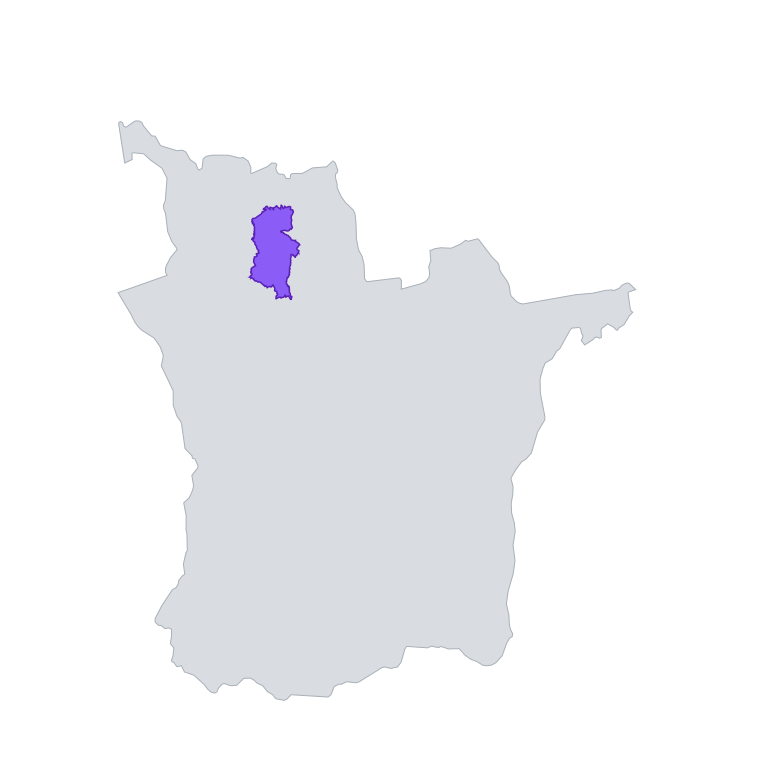 Kamina, Katanga, Democratic Republic of the Congo (highlighted), rotated 171°
{"feature_id": "63176286B31000864957103", "entity_name": "Kamina", "entity_type": "district", "adm_level": 2, "iso_a3": "COD", "parent_name": "Democratic Republic of the Congo", "parent_adm1": "Katanga", "projection": "natural_earth1", "projection_center": [24.927, -8.635], "detail": "fine", "context": "in_parent", "style": "filled", "palette": "violet", "viewbox_px": 768, "rotation_deg": 171, "n_neighbors": 0, "source": "geoboundaries", "source_scale": "gbopen_adm2", "svg_char_len": 9656}
<svg xmlns="http://www.w3.org/2000/svg" viewBox="0 0 768 768"><g transform="rotate(171 384 384)"><path d="M632.4,515.8L581.3,525.2L582.3,528.5L581.8,532.1L580.5,534.8L575.3,542.1L567.5,548.9L567.5,550.5L571.3,558.0L573.8,568.3L573.1,586.4L574.1,591.3L573.9,595.1L571.3,599.4L566.1,621.2L569.5,631.8L579.6,641.7L585.4,649.0L595.4,651.6L597.0,651.2L597.6,645.1L605.5,642.8L605.4,681.7L604.8,683.9L603.3,684.4L601.4,683.2L600.8,679.4L598.7,677.9L589.1,682.6L586.6,682.5L583.9,681.7L582.0,679.7L581.4,676.8L574.6,665.4L571.3,664.6L567.5,654.4L552.3,646.9L546.4,646.4L543.4,644.1L540.4,636.0L535.3,630.9L534.2,625.1L533.2,624.3L530.0,625.5L527.4,634.6L523.9,636.7L517.7,636.9L502.0,634.3L490.8,629.6L487.9,629.9L483.4,625.7L481.6,618.7L482.6,613.3L481.7,612.6L464.7,617.1L460.6,619.8L456.7,619.1L455.5,617.6L457.2,613.9L456.4,609.9L455.1,608.0L450.1,606.6L448.5,602.3L445.4,601.6L444.3,602.3L443.6,605.2L441.7,606.2L431.6,604.8L420.9,608.6L406.7,607.5L400.0,612.1L399.0,612.0L397.5,609.7L396.2,602.3L396.9,600.3L399.0,598.8L399.7,595.9L399.0,588.2L399.6,586.4L398.8,582.0L396.7,575.0L393.7,569.3L387.2,560.7L386.0,556.7L386.5,547.1L388.5,531.8L388.2,520.6L385.6,513.2L385.0,505.3L386.7,491.1L385.0,487.7L352.6,486.5L351.3,485.4L350.6,483.5L352.1,475.0L332.4,477.2L326.5,478.8L322.8,482.2L321.6,486.6L321.5,492.7L318.5,498.6L317.7,508.6L312.3,509.7L306.8,509.7L296.3,507.6L286.0,510.4L281.0,513.1L278.4,511.8L269.2,512.8L268.0,512.1L257.4,492.4L252.6,485.9L251.7,482.6L252.1,479.6L250.8,475.5L245.9,465.4L244.9,460.7L245.1,453.3L244.6,450.9L240.1,444.5L237.2,442.4L234.0,441.3L181.0,442.2L163.5,441.0L150.8,441.8L144.3,441.3L142.5,440.3L136.7,441.7L133.6,444.3L129.0,445.7L126.2,445.2L120.7,437.9L128.1,436.6L128.7,435.9L129.1,418.4L127.1,415.9L131.1,412.9L137.5,405.2L143.8,402.4L144.6,400.8L146.0,400.9L148.3,404.2L153.7,408.4L160.5,404.7L161.2,403.6L162.0,396.1L163.7,395.5L166.6,397.1L168.2,397.1L171.1,394.9L179.7,391.2L182.3,396.0L179.9,400.3L181.0,403.4L181.2,408.2L182.6,409.3L189.4,409.8L191.4,408.6L204.8,391.4L208.3,389.4L214.0,382.6L221.5,379.5L224.8,374.1L229.1,364.4L231.0,350.5L230.2,326.5L230.9,323.3L239.9,312.5L249.2,292.8L255.5,287.6L260.3,285.6L267.6,278.4L273.4,271.1L272.6,262.5L273.9,255.3L277.1,246.1L278.1,236.4L277.0,226.2L277.5,217.8L281.8,204.5L282.2,189.2L286.1,176.3L293.8,160.0L297.5,147.8L296.8,135.9L297.8,127.0L297.5,121.8L296.0,117.3L296.8,114.5L299.7,113.3L303.4,108.8L309.9,97.0L317.0,91.3L321.9,89.5L327.0,89.7L330.3,90.7L335.7,95.3L341.9,99.0L346.5,103.6L351.1,110.8L362.0,112.3L366.7,114.9L369.6,115.9L370.7,115.2L372.9,115.6L378.1,117.7L382.3,116.6L402.6,121.3L404.9,118.9L410.6,106.6L414.8,102.4L421.8,102.0L427.2,104.3L430.1,104.3L455.0,93.8L458.3,93.2L467.3,95.8L473.2,94.1L475.6,94.6L480.7,92.8L484.9,85.4L488.3,83.6L524.2,91.6L529.6,87.7L532.2,87.2L540.2,90.1L542.6,94.6L547.4,98.5L550.9,104.9L556.2,108.5L558.9,112.0L562.0,114.4L568.5,115.2L576.8,109.4L582.7,110.0L588.5,113.1L590.6,113.0L595.0,109.6L597.3,106.0L599.6,105.2L603.1,106.8L605.9,110.2L608.4,115.1L617.4,126.2L626.1,130.8L628.3,137.6L631.4,137.0L633.0,137.6L635.2,141.9L636.8,142.7L637.1,144.5L634.9,148.5L632.9,156.2L635.6,161.0L633.4,167.9L632.2,175.0L635.0,176.8L638.7,176.7L642.0,180.4L644.6,180.9L647.3,184.9L646.7,188.2L638.2,199.7L625.3,213.9L621.0,215.6L618.8,218.3L617.2,222.4L613.4,225.9L610.5,227.4L610.3,237.6L606.0,248.3L604.3,250.4L602.0,267.7L602.4,270.7L600.0,284.8L600.4,298.0L594.2,302.1L589.9,308.6L588.0,313.1L588.1,323.8L581.0,330.4L580.5,331.9L582.3,339.4L584.8,340.6L584.9,343.2L590.6,351.3L590.2,376.3L590.6,378.7L593.5,384.6L595.5,396.0L593.3,410.3L601.1,436.7L597.5,446.4L599.2,455.6L603.8,465.3L614.7,474.9L617.7,478.8L620.4,484.1L623.0,492.4L632.4,515.8Z" fill="#d9dde1" stroke="#a8b0b8" stroke-width="1"/><path d="M499.6,510.3L499.1,510.0L498.8,510.0L498.2,509.4L498.3,509.3L497.8,509.4L496.9,508.3L496.5,508.3L496.5,508.0L496.3,508.0L496.1,507.6L495.9,506.7L495.5,506.4L495.5,506.5L495.2,505.9L494.6,506.0L494.3,505.8L494.1,505.8L493.8,505.7L493.3,505.2L492.9,504.8L492.8,504.6L492.4,504.7L491.8,504.3L491.2,504.4L490.6,504.2L490.0,503.4L489.0,502.7L488.7,502.0L487.3,500.2L486.8,500.1L486.6,499.9L486.3,499.0L485.5,499.1L485.3,499.3L484.8,499.0L484.3,497.4L484.0,497.5L483.7,497.9L482.9,498.2L482.4,498.0L481.4,498.2L480.8,497.7L480.2,497.6L480.1,497.8L479.8,497.9L479.6,498.0L479.6,497.9L478.7,498.5L478.7,499.0L478.3,499.2L477.9,498.8L477.6,497.6L477.3,496.9L476.9,495.6L477.0,494.6L477.4,493.7L477.4,493.2L477.0,492.8L475.5,492.2L475.4,491.7L475.6,491.0L475.6,490.0L475.0,489.2L475.4,488.6L476.5,487.9L476.9,487.5L476.9,486.5L477.4,485.5L477.2,485.1L475.1,485.9L473.8,486.1L473.0,486.0L472.5,485.2L472.2,485.1L471.8,485.1L471.2,485.5L470.6,485.4L469.7,485.5L467.9,486.4L468.0,487.2L467.6,487.1L467.4,486.8L467.9,485.9L467.4,485.1L466.5,485.5L464.9,485.9L464.5,485.8L464.4,485.3L464.0,484.7L463.3,482.6L462.9,482.2L462.3,482.2L461.9,483.7L461.5,484.1L461.4,484.4L461.6,484.6L461.5,484.8L461.7,485.0L462.0,484.9L462.3,485.1L462.4,485.3L462.3,485.6L462.8,486.1L462.5,487.3L462.6,487.6L462.5,487.8L462.5,488.4L463.0,488.9L463.1,489.5L462.9,490.1L463.1,490.8L462.7,491.5L462.8,491.6L462.6,492.1L462.8,492.8L462.5,493.5L462.7,493.9L463.0,494.2L462.9,494.5L462.5,494.5L462.4,495.0L462.6,495.3L463.2,495.5L463.3,495.9L463.8,495.7L464.0,495.9L463.9,497.1L464.0,497.4L464.5,497.8L464.5,498.0L464.6,499.1L464.5,499.3L464.7,499.7L464.6,500.3L464.5,500.5L464.3,500.4L464.0,500.7L464.1,501.4L463.7,502.1L463.4,503.0L462.9,503.8L462.9,504.2L462.8,504.4L462.4,504.1L461.9,504.4L461.4,505.3L460.8,506.0L460.8,506.3L460.3,506.7L460.5,507.3L460.2,507.7L460.1,508.5L459.7,508.8L459.8,509.2L459.7,509.6L459.8,509.6L459.6,510.1L459.7,511.0L459.6,511.5L459.1,511.9L458.8,512.4L458.8,512.8L458.9,513.1L459.1,513.1L459.2,513.5L459.1,513.8L458.5,514.9L457.6,516.3L457.6,517.1L457.2,518.0L457.1,518.8L457.2,519.1L457.0,520.0L456.6,520.9L456.8,521.3L456.7,522.4L456.5,523.0L456.1,523.6L455.8,524.6L455.9,525.4L455.7,526.0L455.4,526.4L455.1,526.5L454.6,526.3L453.9,525.3L453.6,525.5L453.2,525.4L452.7,524.2L452.2,523.8L452.0,523.1L451.8,523.1L451.5,524.0L451.2,524.4L450.3,524.5L448.2,527.2L447.9,527.1L447.8,526.9L447.7,528.0L447.4,528.3L447.3,529.1L448.5,529.9L449.0,530.8L449.0,531.3L448.8,531.7L447.3,533.1L446.5,534.2L446.2,534.5L445.5,534.6L445.7,535.3L446.1,535.9L448.3,538.1L448.7,538.2L449.2,538.6L449.3,538.9L449.0,539.2L448.9,539.7L450.3,539.8L451.6,540.3L452.1,540.2L452.4,540.6L453.0,540.9L453.2,541.2L453.2,541.9L453.6,543.1L454.1,543.8L455.0,544.5L455.2,545.3L455.5,545.7L456.8,546.3L457.1,546.7L458.5,547.5L458.8,548.1L459.3,548.2L459.7,548.7L459.7,549.2L459.9,549.4L460.6,549.7L461.5,549.9L462.0,550.3L462.1,550.8L462.0,551.1L461.0,551.3L457.6,551.4L457.2,550.9L456.7,550.6L455.3,550.3L454.5,550.3L453.7,550.5L453.2,550.8L452.7,551.6L452.2,552.0L451.4,551.4L450.3,552.5L450.3,553.0L450.0,553.2L450.2,553.6L450.2,554.1L450.4,554.5L450.3,555.2L450.7,556.4L450.5,557.2L450.4,557.8L449.6,560.1L449.5,560.9L449.9,562.3L449.5,563.0L449.3,564.7L448.5,565.3L447.6,566.5L446.8,567.9L446.6,568.4L447.0,568.6L446.8,569.8L447.0,570.3L447.9,570.4L449.2,571.0L449.2,571.7L448.7,572.1L448.6,572.3L448.6,573.5L448.9,573.8L449.4,574.1L450.1,574.0L450.8,574.2L451.3,573.8L451.9,573.9L452.5,573.5L453.5,573.9L454.0,574.9L454.3,575.1L454.5,574.8L454.4,574.4L454.7,574.3L455.2,573.4L456.2,573.2L456.6,574.3L456.6,574.9L457.0,575.5L457.0,576.2L457.5,576.7L457.7,577.2L457.7,575.6L458.7,574.2L459.0,573.1L459.4,573.6L461.0,574.9L461.7,575.8L462.1,576.8L462.6,576.7L463.5,575.8L465.4,575.3L465.6,574.8L465.5,574.2L465.9,573.5L466.2,573.9L466.2,574.5L467.0,575.6L467.8,575.8L468.7,576.4L468.9,576.3L469.1,575.9L469.5,575.6L469.5,574.9L469.3,574.4L469.5,574.5L470.7,575.7L471.1,576.3L471.5,577.6L471.9,577.9L472.2,577.8L473.2,577.5L473.3,577.2L474.1,576.5L475.4,576.1L475.8,575.3L474.3,575.0L473.3,574.9L473.3,574.2L474.5,574.1L476.2,572.9L476.8,573.1L477.3,573.1L477.8,572.1L478.5,571.2L483.0,569.1L485.0,568.0L485.9,567.8L487.3,568.1L488.3,567.3L488.7,567.1L488.8,566.6L488.6,566.1L488.9,565.4L488.6,565.4L488.3,565.0L488.1,564.3L488.3,564.2L488.8,564.4L488.8,564.0L488.8,563.8L488.5,564.0L488.2,563.9L488.2,562.7L487.8,562.6L487.2,562.0L487.4,561.8L487.9,562.2L488.2,562.2L487.7,560.9L487.8,560.7L487.5,560.5L487.3,559.3L487.5,558.8L487.7,558.0L487.5,557.5L487.7,557.1L488.0,556.6L487.8,556.0L488.1,555.5L488.1,555.0L488.5,554.8L488.5,554.4L488.1,554.1L488.4,553.8L488.5,553.4L489.1,552.8L488.7,552.3L488.8,551.8L489.2,551.7L489.0,551.3L489.1,550.9L488.7,551.2L489.3,549.4L489.6,549.2L489.7,548.2L489.8,548.1L490.1,548.4L490.4,549.0L491.0,548.9L491.2,548.6L491.1,548.3L491.3,548.4L491.4,548.1L491.8,548.0L492.0,547.5L491.6,547.3L490.9,546.5L490.9,546.0L490.5,545.5L490.5,545.2L490.2,545.1L490.0,544.7L489.4,544.3L489.4,543.7L489.6,543.3L489.5,542.0L489.3,541.8L489.0,541.0L488.6,540.6L488.5,538.8L488.2,537.8L488.1,537.7L488.1,536.9L487.6,536.2L487.0,535.7L487.1,535.4L487.0,535.2L487.4,534.7L487.5,534.3L487.0,533.6L487.0,533.2L487.1,532.7L489.6,532.7L489.8,532.0L489.3,531.2L489.3,530.6L489.4,530.3L490.3,530.0L490.8,529.6L491.8,529.7L492.1,529.8L492.3,529.4L492.4,528.7L493.3,527.0L493.2,526.6L493.6,525.5L493.5,524.2L493.2,523.3L493.0,523.2L492.8,522.3L492.5,521.9L492.4,520.8L493.7,520.7L494.3,520.1L495.2,519.9L495.6,519.6L496.2,519.5L497.3,518.4L497.4,517.9L497.3,517.1L497.1,517.5L497.1,517.3L497.2,516.7L497.4,516.7L497.7,515.8L497.9,515.7L497.9,515.0L497.9,514.9L498.1,515.0L498.1,514.8L498.1,514.4L497.4,514.0L497.3,513.8L497.4,512.8L497.6,512.5L497.6,512.2L498.2,512.2L498.6,511.5L498.8,511.6L499.1,511.5L499.2,511.3L499.1,511.0L499.3,510.7L499.5,510.8L499.5,510.3L499.6,510.3Z" fill="#8b5cf6" stroke="#5b21b6" stroke-width="1.5"/></g></svg>